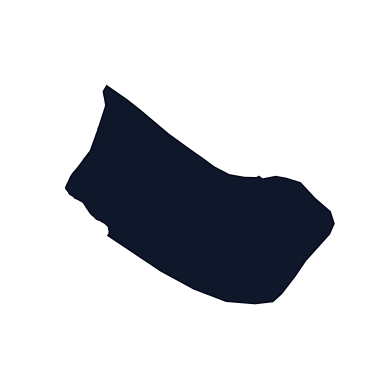 the district of Union Terrace, Gros Islet, Saint Lucia, rotated 234°
{"feature_id": "8701671B11506413614658", "entity_name": "Union Terrace", "entity_type": "district", "adm_level": 2, "iso_a3": "LCA", "parent_name": "Saint Lucia", "parent_adm1": "Gros Islet", "projection": "albers", "projection_center": [-60.956, 14.027], "detail": "fine", "context": "isolated", "style": "filled", "palette": "ink", "viewbox_px": 384, "rotation_deg": 234, "n_neighbors": 0, "source": "geoboundaries", "source_scale": "gbopen_adm2", "svg_char_len": 1174}
<svg xmlns="http://www.w3.org/2000/svg" viewBox="0 0 384 384"><g transform="rotate(234 192 192)"><path d="M328.1,185.4L327.3,183.7L326.3,181.4L325.6,179.6L324.4,178.8L322.5,177.9L318.2,176.0L315.5,174.6L313.0,173.4L311.4,171.6L304.1,161.5L300.1,156.1L298.7,153.7L296.7,151.4L294.6,148.1L293.1,146.0L291.6,143.8L287.6,137.8L285.8,135.3L284.6,133.0L283.8,129.9L282.9,127.2L282.3,124.7L281.2,121.7L280.4,119.1L279.1,114.8L278.4,112.2L277.7,109.2L277.2,107.0L275.8,103.1L274.3,100.5L272.9,98.0L271.5,95.3L269.7,92.3L269.0,92.1L267.9,91.9L265.0,92.2L262.4,91.8L258.2,93.5L256.0,93.7L253.5,95.2L248.3,97.7L247.0,97.9L244.3,97.8L241.5,97.5L238.7,97.5L234.6,97.3L232.2,97.6L229.0,98.5L226.3,98.7L223.0,100.9L220.2,102.1L218.1,103.1L213.1,104.1L211.4,103.1L208.6,101.9L206.9,100.2L206.2,98.4L146.5,120.4L112.5,136.6L83.6,155.4L64.7,177.4L55.9,193.0L57.2,204.7L63.5,226.1L69.8,243.6L77.3,278.6L83.0,288.3L94.9,292.2L114.4,287.6L135.8,285.0L147.8,276.0L155.3,268.8L161.0,256.5L165.2,255.3L165.6,252.5L173.1,242.7L184.1,232.1L199.6,224.4L210.2,221.1L230.4,214.2L252.9,206.9L287.7,198.3L305.1,193.4L324.9,186.5L328.1,185.4Z" fill="#0f172a" stroke="#020617" stroke-width="1.5"/></g></svg>